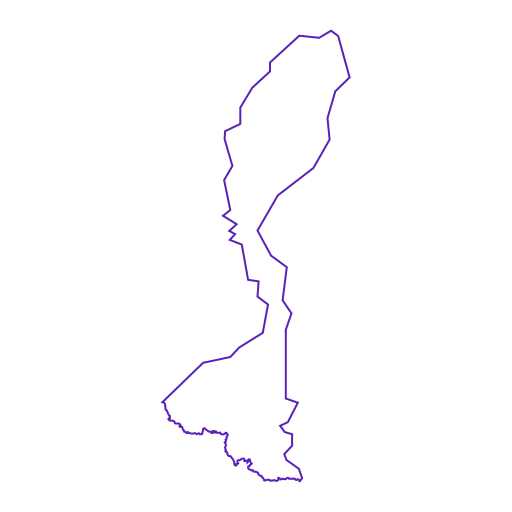 Nzara, Western Equatoria, South Sudan (Albers equal-area conic projection)
{"feature_id": "79223893B44878437184267", "entity_name": "Nzara", "entity_type": "district", "adm_level": 2, "iso_a3": "SSD", "parent_name": "South Sudan", "parent_adm1": "Western Equatoria", "projection": "albers", "projection_center": [28.083, 5.312], "detail": "fine", "context": "isolated", "style": "outline", "palette": "violet", "viewbox_px": 512, "rotation_deg": 0, "n_neighbors": 0, "source": "geoboundaries", "source_scale": "gbopen_adm2", "svg_char_len": 4161}
<svg xmlns="http://www.w3.org/2000/svg" viewBox="0 0 512 512"><path d="M331.1,30.7L319.1,37.8L299.3,35.7L270.0,62.5L270.0,71.4L252.3,87.7L240.3,107.6L240.3,123.9L225.1,131.2L224.6,139.1L232.4,165.9L224.1,180.1L230.3,210.0L223.0,215.8L236.6,224.2L229.3,231.0L235.1,234.1L229.8,239.9L241.8,244.6L248.1,279.8L258.6,281.4L257.5,296.6L268.0,304.5L262.8,332.8L239.2,347.5L230.3,357.0L203.1,362.8L162.4,402.2L164.1,402.8L164.8,403.7L165.2,404.4L165.0,405.7L165.4,406.3L165.4,407.2L165.4,407.8L165.4,408.4L165.6,409.7L166.4,410.1L166.9,410.6L167.2,411.5L167.8,412.9L168.2,413.8L168.5,414.4L169.1,415.5L169.9,415.9L169.8,416.9L169.9,417.6L169.9,418.4L168.7,418.5L168.4,419.2L169.0,419.9L170.0,420.6L170.8,420.8L171.6,420.7L172.7,420.6L173.8,421.2L174.5,421.7L174.7,422.6L174.9,423.2L175.6,423.5L176.7,423.5L177.8,423.5L178.8,423.6L179.6,423.9L179.8,424.4L180.5,425.3L179.8,425.7L179.4,426.3L180.0,426.9L181.2,426.9L182.1,427.0L182.7,428.6L182.8,429.5L183.2,430.0L183.9,430.4L184.1,431.6L185.2,431.8L185.7,432.5L186.8,433.0L187.1,432.3L187.9,432.1L188.0,432.9L188.3,433.0L190.2,433.2L191.3,433.6L192.7,433.6L193.8,433.4L194.7,433.1L195.6,433.3L196.3,434.0L196.8,434.2L197.4,433.8L198.6,433.3L199.2,433.5L199.6,434.0L199.8,434.3L200.4,434.2L201.2,434.0L201.8,434.2L202.3,433.3L202.4,432.6L202.6,431.5L203.0,430.8L203.0,430.2L203.0,429.1L203.4,428.5L203.9,428.3L205.0,428.4L205.4,429.3L206.1,429.7L206.9,430.1L207.6,430.7L208.5,431.5L209.2,431.5L210.2,431.5L211.0,432.2L211.4,433.0L212.1,433.1L212.3,432.3L212.3,431.7L212.7,431.0L213.4,431.1L213.5,431.7L213.6,432.4L214.9,432.6L215.0,432.0L215.2,431.3L216.1,431.5L216.3,432.2L216.7,432.6L217.1,432.8L218.2,432.8L219.4,432.7L220.1,432.7L220.2,433.2L220.9,434.0L221.6,434.1L222.3,434.4L223.3,434.4L224.0,434.1L225.6,433.3L225.6,432.9L226.5,432.9L227.0,433.7L227.7,434.7L227.7,435.3L227.2,436.0L226.6,436.4L226.6,437.3L226.6,438.1L226.6,438.8L226.0,439.2L225.6,439.7L225.8,440.4L226.0,441.2L225.7,441.7L225.0,442.1L224.7,442.5L225.5,443.5L225.8,444.1L225.9,445.3L225.5,446.1L225.4,446.6L225.0,447.7L225.3,448.5L225.6,449.5L225.9,450.2L225.4,450.7L225.5,451.6L226.4,451.8L227.2,452.3L227.3,453.1L227.3,454.1L227.7,454.8L228.7,456.0L229.6,456.1L230.5,456.2L231.3,456.9L231.7,458.0L233.0,459.2L233.2,459.9L233.8,461.1L234.2,461.9L234.2,462.8L234.2,463.3L234.6,463.6L234.8,463.8L234.5,464.5L234.7,465.1L235.5,465.5L236.4,465.3L236.7,464.2L237.0,463.8L237.5,463.9L238.2,463.4L237.7,462.6L237.4,461.9L237.3,461.5L237.5,460.6L238.7,460.1L239.8,460.3L240.0,460.1L240.8,459.5L241.1,459.2L241.6,458.8L243.3,458.5L244.2,458.9L244.4,460.0L244.2,460.9L244.6,461.2L245.4,460.7L246.3,460.7L246.9,460.8L247.1,461.6L247.3,462.5L248.0,461.7L248.1,460.9L248.1,460.0L248.6,459.3L249.9,459.6L250.1,460.2L250.1,461.2L250.5,462.1L251.0,463.0L251.7,463.5L251.3,464.1L250.0,464.9L250.0,465.4L249.6,465.9L248.9,466.2L248.2,466.4L248.1,467.6L248.3,468.4L249.2,469.3L250.3,469.7L251.0,470.3L251.8,470.3L252.6,470.1L252.9,470.7L253.2,471.3L253.8,471.7L254.6,471.6L255.1,471.5L255.5,471.8L256.4,472.0L257.4,472.3L258.0,472.7L258.2,473.2L258.2,474.0L259.1,475.0L259.8,475.5L260.4,475.7L261.3,475.9L261.8,476.3L261.8,477.0L262.8,477.8L263.4,478.7L263.9,479.3L263.9,479.9L264.4,480.5L265.2,480.4L266.1,480.1L266.8,479.9L267.8,479.7L268.4,479.9L269.3,479.9L269.7,480.5L270.3,480.6L271.5,480.5L272.5,480.6L273.4,480.5L274.1,480.0L274.8,480.3L276.0,480.9L276.8,480.8L277.5,480.4L278.3,480.1L278.3,479.2L278.2,478.4L278.3,477.8L279.0,478.0L279.7,478.4L280.6,479.3L281.6,479.4L282.4,478.7L283.0,478.9L284.2,479.0L285.2,479.3L285.6,479.0L286.4,478.6L286.9,478.0L288.0,477.8L288.5,478.0L289.0,478.7L289.9,478.9L291.0,478.7L291.9,478.6L292.4,478.9L292.7,478.9L293.4,478.7L294.4,478.5L294.7,478.7L295.0,479.3L295.7,479.6L296.1,480.0L296.7,480.0L297.0,479.6L297.5,479.2L298.6,479.5L299.1,479.9L299.4,481.2L299.7,481.3L302.1,478.3L298.9,468.8L286.4,459.9L284.3,454.1L292.1,445.7L292.1,434.2L284.8,432.1L280.1,425.8L287.9,422.1L297.8,402.7L285.8,398.5L285.8,329.7L291.5,313.4L282.6,300.3L286.8,267.2L271.1,255.7L257.5,230.5L277.9,195.3L313.4,168.0L329.6,139.6L327.5,118.1L335.3,91.3L349.6,77.4L338.2,36.1L331.1,30.7Z" fill="none" stroke="#5b21b6" stroke-width="2"/></svg>